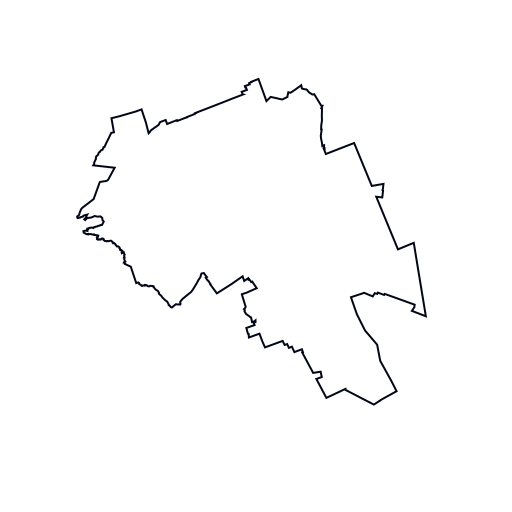 the district of Pánuco, Zacatecas, Mexico, rotated 68°
{"feature_id": "50627088B44962860641179", "entity_name": "Pánuco", "entity_type": "district", "adm_level": 2, "iso_a3": "MEX", "parent_name": "Mexico", "parent_adm1": "Zacatecas", "projection": "equal_earth", "projection_center": [-102.504, 22.978], "detail": "fine", "context": "isolated", "style": "outline", "palette": "ink", "viewbox_px": 512, "rotation_deg": 68, "n_neighbors": 0, "source": "geoboundaries", "source_scale": "gbopen_adm2", "svg_char_len": 6053}
<svg xmlns="http://www.w3.org/2000/svg" viewBox="0 0 512 512"><g transform="rotate(68 256 256)"><path d="M421.8,177.4L399.7,180.1L383.6,176.9L366.0,182.8L347.9,184.3L329.8,183.4L330.7,169.5L337.2,162.9L335.0,159.8L336.5,157.8L335.6,156.7L340.1,151.8L339.4,150.8L360.6,127.1L362.8,128.4L365.3,132.0L375.5,121.1L302.9,104.8L303.0,121.9L246.1,122.3L249.0,117.0L242.8,113.6L242.2,114.0L241.8,113.6L241.1,113.1L236.9,110.8L234.4,122.4L188.0,122.7L187.6,153.0L182.2,153.0L182.4,152.6L182.0,152.6L182.2,152.3L181.8,152.0L181.6,152.3L181.1,152.4L178.9,151.4L178.9,151.9L178.7,152.0L178.5,153.0L178.9,153.2L178.9,153.3L175.6,152.4L172.0,151.8L168.8,150.9L163.3,147.7L163.0,148.2L159.2,146.5L154.9,144.0L151.0,142.6L143.9,139.5L143.5,140.1L141.6,138.1L141.1,139.2L127.8,141.4L127.6,142.8L127.2,143.4L126.5,143.8L125.3,144.8L124.0,145.6L123.1,145.8L122.1,146.3L121.3,146.3L121.0,146.5L120.3,147.1L119.5,148.6L117.9,150.7L114.6,150.1L116.3,156.8L117.6,162.8L116.3,164.7L119.2,166.7L120.3,167.3L120.7,173.0L118.9,175.8L118.1,176.8L114.0,182.8L116.3,188.3L92.8,187.4L92.7,189.9L92.8,189.9L92.7,195.1L93.1,195.1L93.1,197.6L94.5,197.6L94.3,202.7L95.8,202.8L96.0,202.7L96.0,202.3L96.3,202.2L98.6,202.2L98.4,207.8L101.1,207.8L101.4,207.4L101.2,218.0L101.1,230.9L100.7,258.5L101.0,258.4L101.0,259.6L101.4,259.7L101.3,267.9L101.6,268.0L101.4,270.7L101.3,278.5L100.4,278.5L100.3,289.0L96.1,288.8L95.9,294.6L96.9,296.0L97.7,296.8L98.1,297.6L98.2,298.4L98.6,299.8L99.2,302.7L99.5,303.5L99.8,305.1L100.3,306.7L101.7,308.7L102.0,309.6L91.2,308.1L77.2,307.2L77.0,313.3L75.2,330.8L74.1,338.4L88.1,341.4L87.6,344.1L92.1,349.0L94.6,351.9L98.1,355.6L98.0,356.7L98.8,357.2L98.9,357.5L99.3,357.9L99.9,358.3L100.0,358.7L99.9,359.5L100.1,360.5L101.0,361.7L100.9,362.2L101.7,363.5L102.6,364.1L103.4,365.3L103.5,366.2L103.8,366.7L104.5,367.5L105.3,367.7L106.5,368.4L106.7,368.9L108.9,371.1L109.9,371.5L110.2,371.7L111.0,372.9L121.2,354.0L129.9,364.5L130.3,365.6L130.3,367.0L128.9,372.8L129.0,373.2L142.4,385.2L146.2,398.9L146.9,400.3L147.6,401.1L149.5,403.0L151.5,404.5L151.9,405.1L152.2,406.6L152.7,407.2L153.8,407.2L154.1,407.1L154.2,406.8L154.3,405.8L154.2,405.5L154.5,404.7L154.3,404.1L154.5,402.3L154.6,401.7L154.2,401.4L154.0,401.0L154.0,400.3L154.2,399.2L154.1,398.6L154.2,397.9L154.5,397.6L154.5,397.2L154.9,397.7L155.4,398.0L156.7,399.5L157.7,401.5L158.7,400.9L157.7,398.7L157.7,397.9L158.6,394.4L158.5,390.5L160.0,388.5L161.1,385.3L163.1,384.3L165.0,384.9L166.5,384.5L167.1,384.3L169.5,387.1L169.1,388.5L169.3,389.4L169.1,389.8L169.2,390.2L168.9,391.2L169.0,391.7L169.0,392.3L169.1,392.5L168.8,393.5L168.8,394.7L168.7,394.9L168.8,395.0L168.7,395.4L169.0,395.9L169.1,396.4L168.6,396.7L168.4,397.1L167.8,398.5L167.7,399.0L167.8,399.3L167.6,399.9L167.5,400.3L167.6,401.3L167.4,402.2L167.9,402.6L168.5,402.1L168.6,402.4L169.6,402.9L168.8,404.1L168.5,405.0L168.5,405.5L168.3,406.7L169.6,407.0L170.4,406.6L171.4,405.6L172.2,405.1L172.4,404.3L172.6,404.2L172.6,403.9L173.0,403.5L172.9,403.3L173.2,403.2L173.3,403.0L173.2,402.5L173.3,402.2L173.4,401.9L174.1,400.4L174.6,400.0L174.9,399.5L175.2,398.4L175.6,398.5L175.8,398.1L176.0,397.9L175.9,397.7L176.3,397.1L176.5,397.0L176.9,396.4L176.9,396.2L177.4,395.3L177.7,395.2L178.0,394.7L178.4,395.1L178.8,395.1L179.0,395.3L178.8,395.7L178.9,395.9L179.0,396.1L179.2,396.6L179.6,396.6L180.1,396.9L180.5,397.0L180.5,396.8L180.9,396.7L180.9,396.4L181.1,396.3L181.4,396.2L181.5,395.8L181.8,395.9L181.8,395.3L182.1,395.0L182.1,394.6L182.4,394.4L182.4,394.0L182.5,393.8L182.4,393.7L182.0,392.2L182.2,391.9L182.5,392.0L182.7,391.3L183.3,390.9L184.0,391.3L184.3,390.9L185.2,390.7L185.5,390.4L185.9,389.4L186.5,388.9L186.4,388.2L186.5,387.9L186.9,387.6L187.4,384.9L187.5,384.7L188.6,384.0L189.3,383.8L189.4,383.7L189.9,384.0L190.7,383.7L190.8,382.8L191.2,382.7L191.3,382.5L191.8,382.2L192.1,382.2L192.6,381.9L193.1,382.0L193.8,381.6L194.9,381.5L195.2,381.2L195.3,380.5L195.4,380.3L195.6,380.0L196.6,379.5L197.0,379.4L197.7,379.7L198.1,379.3L198.4,379.5L199.5,379.7L199.8,379.6L200.0,379.4L200.1,378.5L200.5,378.5L201.4,378.0L202.0,378.5L202.5,379.3L203.2,379.3L202.9,377.7L203.0,377.2L204.2,377.4L205.1,377.5L205.4,377.3L205.9,377.6L206.3,378.1L207.5,378.5L207.8,378.8L208.0,378.4L208.4,378.5L208.7,379.1L209.2,379.1L209.9,379.4L211.1,379.5L212.1,379.3L212.1,380.2L212.7,381.0L213.2,380.3L214.0,380.2L214.3,380.5L219.0,376.1L236.3,377.2L236.4,375.0L237.5,374.5L238.2,374.8L238.9,374.3L239.4,373.7L239.8,373.5L240.4,373.4L241.0,373.0L241.1,372.6L240.9,372.1L241.0,371.8L241.5,370.8L241.6,370.5L241.2,370.3L241.1,370.0L241.2,369.8L241.8,369.8L241.8,369.4L241.7,368.9L241.9,368.6L242.5,368.1L243.1,367.9L244.0,366.8L244.2,366.4L244.0,365.4L244.1,365.0L244.6,364.2L245.0,363.3L245.7,362.3L245.8,362.3L246.0,362.6L246.3,362.4L246.6,362.5L246.7,362.3L248.2,362.1L249.1,361.8L249.7,361.5L251.4,360.2L253.6,359.7L254.3,360.1L255.1,360.0L257.2,358.8L259.5,358.3L263.2,356.6L265.1,355.4L268.2,355.1L268.9,355.3L269.2,354.8L271.3,354.2L272.2,353.3L270.7,348.4L271.8,346.4L271.8,346.0L272.6,344.5L272.1,343.9L270.3,343.6L269.6,342.8L269.0,341.5L268.4,340.5L267.1,336.5L265.0,329.5L264.2,328.2L263.2,326.7L258.7,320.7L256.9,318.7L254.8,315.5L252.4,313.7L251.8,313.0L252.3,310.7L254.8,310.2L257.1,309.4L257.3,310.7L260.7,310.0L260.9,309.8L261.0,309.5L265.3,308.7L265.4,309.0L276.0,306.3L272.8,289.0L269.8,276.0L274.7,276.3L273.7,271.6L275.2,271.8L275.1,271.0L278.4,270.2L278.3,269.1L286.1,267.4L286.5,278.7L286.1,283.4L286.2,283.5L299.1,284.6L299.6,284.9L300.4,286.1L300.8,287.1L302.2,286.7L303.1,287.4L306.1,286.9L309.0,285.0L311.1,283.9L311.2,283.6L315.7,284.4L315.9,282.7L315.9,281.8L315.5,280.6L317.1,281.2L317.2,283.3L319.5,283.2L319.1,291.9L325.0,292.6L325.5,292.0L328.9,293.1L329.3,281.9L337.5,282.1L344.1,281.9L344.7,263.1L349.2,262.8L349.3,260.1L353.5,259.9L353.5,256.7L359.5,256.4L359.6,250.5L359.7,248.4L362.8,248.5L362.7,249.3L385.8,246.8L387.3,240.3L387.3,239.8L387.5,239.4L392.9,240.4L392.6,246.1L413.9,243.9L412.7,222.8L413.8,223.1L437.9,202.4L437.6,200.7L436.1,193.3L434.0,176.3L421.8,177.4Z" fill="none" stroke="#020617" stroke-width="2"/></g></svg>